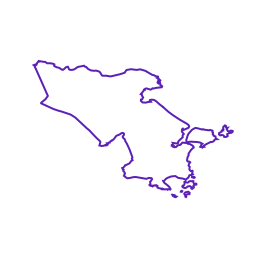 the district of Prey Nob, Krong Preah Sihanouk, Cambodia, rotated 280°
{"feature_id": "14789045B88399484092706", "entity_name": "Prey Nob", "entity_type": "district", "adm_level": 2, "iso_a3": "KHM", "parent_name": "Cambodia", "parent_adm1": "Krong Preah Sihanouk", "projection": "equal_earth", "projection_center": [103.742, 10.678], "detail": "fine", "context": "isolated", "style": "outline", "palette": "violet", "viewbox_px": 256, "rotation_deg": 280, "n_neighbors": 0, "source": "geoboundaries", "source_scale": "gbopen_adm2", "svg_char_len": 5929}
<svg xmlns="http://www.w3.org/2000/svg" viewBox="0 0 256 256"><g transform="rotate(280 128 128)"><path d="M173.5,24.2L172.6,25.6L171.3,26.0L170.8,26.6L145.7,43.5L142.1,41.8L137.8,38.1L137.2,38.2L133.8,51.1L133.0,56.1L132.7,59.5L131.3,69.0L129.2,74.2L120.3,87.9L119.2,90.0L113.6,97.5L110.0,102.9L109.2,103.2L105.8,102.9L105.7,105.4L106.7,108.0L107.2,110.0L107.3,110.1L107.4,109.0L107.6,108.9L108.3,110.5L108.8,110.7L109.3,110.2L109.5,111.3L110.0,111.3L110.4,111.8L110.5,112.6L110.9,112.6L112.2,113.4L112.4,113.9L112.6,113.8L113.0,114.2L114.1,115.7L118.3,117.9L120.1,120.8L121.5,122.2L122.2,123.3L122.1,124.5L121.8,124.9L121.1,125.2L120.3,125.1L118.8,124.3L118.0,124.5L117.1,125.4L116.4,126.7L114.5,127.7L112.5,129.5L106.9,133.4L99.7,137.5L98.6,137.1L97.0,138.1L96.1,136.9L93.5,135.7L91.3,132.7L90.9,131.7L90.0,131.5L87.7,129.8L87.5,129.3L86.6,129.9L86.3,130.9L85.0,130.7L83.9,132.2L82.6,132.9L82.0,132.5L81.3,132.7L80.2,132.3L78.5,135.5L78.4,136.1L79.0,138.2L80.5,141.7L81.1,144.2L81.1,154.7L82.5,157.4L82.7,159.3L82.3,160.3L81.9,160.6L79.5,159.6L78.9,159.1L76.8,159.8L76.0,159.2L75.8,159.5L75.4,159.4L75.4,159.9L75.1,159.9L74.9,160.2L75.4,161.7L74.8,162.1L74.7,162.3L75.5,163.1L75.6,163.5L76.1,163.8L76.2,165.0L76.5,165.4L76.2,165.7L76.5,165.9L76.1,167.1L74.5,167.3L74.1,168.4L74.0,168.2L74.2,169.8L74.0,171.1L73.5,171.6L73.6,172.2L74.0,171.7L74.2,172.0L74.3,172.7L73.8,174.3L74.5,177.1L74.1,177.6L74.6,178.3L74.9,179.6L74.7,180.2L75.3,180.5L75.9,179.6L77.0,179.2L77.4,178.2L78.0,177.7L80.4,173.2L81.7,172.0L81.9,171.9L81.9,172.5L84.8,174.4L86.1,176.1L87.8,179.0L88.9,183.0L87.6,186.1L87.7,190.7L87.4,192.9L86.9,193.9L88.0,194.5L89.6,196.0L92.1,196.7L93.0,199.1L93.6,200.0L94.5,199.0L95.7,199.2L97.0,199.0L97.1,198.6L96.5,198.1L96.5,197.4L97.0,196.4L98.0,195.6L100.5,195.5L101.2,194.4L101.8,194.1L103.3,194.4L105.0,195.2L105.5,194.4L105.4,192.7L106.1,191.9L106.8,191.7L109.4,191.7L111.9,192.5L112.7,192.1L113.3,192.1L117.2,193.8L119.4,195.3L120.1,196.1L121.1,195.7L121.9,194.6L122.9,191.8L122.9,189.6L123.4,188.4L123.1,184.4L122.8,183.9L120.6,182.6L119.5,180.0L117.6,178.6L117.1,176.8L117.4,176.0L117.9,176.1L117.5,175.2L118.0,174.7L118.1,174.2L118.7,174.4L119.0,174.2L119.6,175.0L120.3,175.3L121.1,174.7L121.2,178.4L122.0,180.0L123.3,179.8L124.8,180.7L128.4,183.5L129.9,183.1L130.7,183.2L131.7,184.0L132.1,183.8L133.2,182.2L133.9,181.9L134.2,181.6L135.5,181.5L136.8,181.8L136.9,182.2L136.0,182.6L135.7,183.0L138.4,187.1L138.9,187.6L140.0,188.0L141.3,187.3L142.3,185.5L145.3,177.3L148.5,169.9L151.0,164.9L154.5,159.3L154.6,158.8L154.9,158.8L156.6,155.3L159.1,151.3L160.1,149.1L160.1,146.6L159.3,144.7L159.0,144.7L157.8,146.0L157.1,143.1L156.1,141.3L155.7,137.9L156.9,136.0L158.2,135.8L158.7,136.9L159.6,137.3L160.5,137.2L160.8,137.5L162.3,136.2L163.5,135.8L163.7,135.4L163.4,135.0L163.5,134.7L167.1,136.8L168.4,137.0L168.5,137.8L168.9,137.6L169.6,138.0L170.2,139.4L169.7,143.4L170.1,144.2L171.3,145.2L171.2,146.0L172.3,148.4L173.7,153.3L174.0,154.1L174.4,154.3L175.0,154.4L175.7,153.4L175.7,152.5L177.6,151.9L177.4,151.5L177.6,150.9L177.1,150.4L177.7,149.3L178.6,149.3L178.8,150.1L178.8,150.8L179.0,150.9L179.2,149.8L180.0,149.6L180.4,151.0L180.2,151.5L180.5,151.6L181.1,150.5L180.8,150.3L180.9,150.0L181.3,150.3L181.5,150.1L182.0,148.8L182.1,149.2L182.6,148.7L183.2,148.9L183.8,148.6L183.8,146.4L184.5,144.2L184.6,142.4L187.3,135.2L187.9,130.0L186.7,126.4L186.4,120.7L185.0,116.8L184.1,116.0L181.8,115.1L179.3,110.2L176.1,102.7L175.7,101.2L175.7,97.6L175.1,93.9L175.3,93.1L177.9,90.9L178.6,89.7L179.0,86.6L178.4,84.5L178.3,81.1L179.4,78.1L180.8,76.3L180.8,75.3L181.7,73.9L179.4,68.0L176.4,64.9L175.4,62.5L175.3,60.3L175.5,59.8L177.9,58.2L177.2,56.5L175.0,54.8L174.1,53.9L173.9,53.1L175.3,49.6L175.4,47.5L175.9,45.4L176.5,44.4L177.3,44.6L177.9,44.4L178.2,43.5L178.3,40.6L177.7,37.1L178.7,35.0L178.5,33.4L178.5,29.5L178.2,29.4L178.4,28.5L177.8,28.5L177.6,27.9L176.5,27.3L175.8,27.3L175.5,27.0L174.3,26.8L174.6,26.0L173.5,24.2ZM130.6,188.0L126.3,187.5L124.8,187.9L124.3,188.5L124.3,189.1L125.0,190.6L125.5,192.5L125.9,196.5L126.2,198.0L126.2,201.6L125.4,204.0L124.2,203.1L123.5,203.1L122.0,202.4L121.9,202.8L122.3,204.1L122.3,204.6L121.8,204.8L122.4,205.4L122.7,206.3L123.2,205.7L123.7,205.7L125.9,208.2L128.7,212.0L128.7,212.9L129.3,214.0L130.5,215.1L130.9,215.0L131.5,215.4L132.3,216.4L132.5,217.5L132.9,216.6L133.4,216.1L134.9,215.6L135.2,213.8L135.6,213.3L136.5,213.1L136.7,212.5L138.1,212.5L138.8,211.7L139.8,211.9L140.1,211.4L140.3,209.2L139.8,208.2L139.6,204.1L139.8,202.1L139.5,202.0L139.4,200.7L139.8,196.6L139.8,194.5L139.2,193.5L137.3,191.3L132.9,188.6L130.6,188.0ZM138.8,218.6L137.5,218.7L136.8,219.9L136.8,220.5L137.3,221.1L137.4,222.8L136.9,223.8L135.9,224.4L136.4,226.5L137.5,227.6L138.5,226.9L139.3,226.8L140.5,228.4L141.3,230.8L142.6,231.8L143.2,231.6L143.4,230.7L143.2,229.5L142.2,228.4L142.4,226.7L144.1,225.4L145.5,226.1L145.2,225.3L145.4,224.7L145.9,224.2L147.0,224.2L147.4,223.0L145.5,221.6L144.1,221.9L143.4,221.6L142.9,222.2L142.4,221.8L142.1,222.0L141.7,220.7L140.7,220.9L138.8,218.6ZM81.8,193.2L80.9,192.8L80.7,191.9L80.1,191.6L79.2,192.1L78.9,193.0L78.7,194.6L79.1,195.4L80.7,196.9L81.5,198.7L81.1,200.2L80.2,200.8L79.7,200.7L79.2,201.2L79.2,201.9L80.3,202.5L80.8,203.2L81.3,203.2L81.8,202.4L82.7,202.5L83.6,203.3L84.1,205.1L84.7,205.1L85.1,204.5L84.4,203.7L84.7,202.6L85.7,201.8L87.0,201.6L86.9,200.4L86.5,199.6L86.6,198.7L86.0,197.4L85.0,196.9L84.7,196.4L84.5,195.8L84.9,193.4L84.6,192.9L83.2,193.4L81.8,193.2ZM75.7,198.4L74.6,195.7L73.2,194.8L72.5,195.1L71.5,196.2L70.3,196.4L70.0,197.1L70.4,197.4L71.7,196.7L72.3,197.0L73.1,197.9L73.5,200.0L75.0,199.9L75.7,198.4ZM68.9,187.7L69.0,186.7L69.4,186.0L70.0,185.6L69.9,184.5L70.1,183.4L70.0,183.1L68.8,184.1L68.7,185.0L68.1,185.9L68.2,187.1L68.9,187.7ZM90.9,202.3L91.3,201.7L90.8,198.7L90.3,201.2L90.6,202.2L90.9,202.3ZM75.3,192.4L75.5,191.8L75.3,191.4L74.4,191.1L74.3,191.5L74.6,192.2L75.3,192.4Z" fill="none" stroke="#5b21b6" stroke-width="2"/></g></svg>